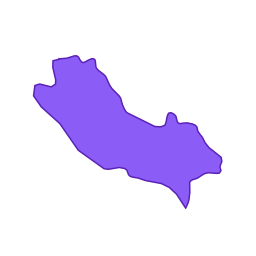 map outline of Armavir (Equal Earth projection), rotated 26°
{"feature_id": "ARM-1554", "entity_name": "Armavir", "entity_type": "Province", "adm_level": 1, "iso_a3": "ARM", "parent_name": "Armenia", "parent_adm1": "", "projection": "equal_earth", "projection_center": [44.079, 40.147], "detail": "fine", "context": "isolated", "style": "filled", "palette": "violet", "viewbox_px": 256, "rotation_deg": 26, "n_neighbors": 0, "source": "natural_earth", "source_scale": "10m", "svg_char_len": 1332}
<svg xmlns="http://www.w3.org/2000/svg" viewBox="0 0 256 256"><g transform="rotate(26 128 128)"><path d="M29.0,140.5L25.7,130.6L29.3,127.2L41.0,124.7L43.6,120.3L41.9,116.4L33.8,106.4L31.1,100.4L35.8,96.6L35.6,96.0L35.9,96.0L42.4,92.1L48.4,86.5L50.5,85.6L52.6,86.0L54.6,87.6L57.3,89.0L59.1,88.8L60.8,87.1L62.3,84.8L64.9,81.7L66.7,80.9L68.1,81.0L69.3,82.2L72.5,87.3L73.9,88.3L76.2,89.2L83.0,90.6L84.9,91.3L85.9,91.9L92.5,97.4L96.2,99.6L106.1,103.1L108.5,104.6L112.6,109.3L116.6,112.7L118.6,114.0L120.5,114.7L151.4,114.9L156.9,112.6L159.9,109.5L159.7,106.2L158.3,101.2L157.9,98.8L158.1,96.8L159.7,95.5L161.3,95.3L162.9,95.4L164.4,95.8L165.7,96.3L166.7,97.3L168.9,100.1L170.7,101.4L172.4,101.4L173.9,100.6L176.1,99.0L179.1,97.4L184.4,96.1L187.2,96.0L189.2,96.7L190.6,98.2L192.1,100.2L196.3,102.6L197.7,103.1L198.9,103.8L203.7,107.4L209.3,110.1L224.6,113.5L227.0,116.9L227.4,121.4L227.8,122.8L230.3,125.7L229.8,128.6L227.4,130.0L220.3,132.8L217.9,134.4L216.1,136.4L212.2,142.9L208.8,146.1L207.5,148.2L207.2,149.7L211.8,158.8L214.1,165.3L214.8,168.7L215.0,174.4L214.9,174.7L200.6,166.2L191.0,163.3L182.3,163.3L166.6,167.6L159.2,168.5L153.8,170.1L151.1,170.5L148.9,169.7L145.6,166.5L143.1,165.8L137.5,167.3L128.5,173.7L124.3,175.1L93.1,169.8L64.7,153.9L40.9,147.1L29.0,140.5Z" fill="#8b5cf6" stroke="#5b21b6" stroke-width="1.5"/></g></svg>